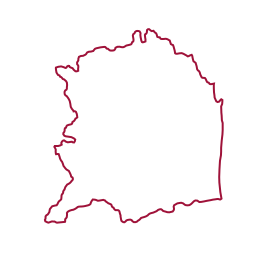 outline of Akko, HaZafon, Israel, rotated 170°
{"feature_id": "584046B83749751332199", "entity_name": "Akko", "entity_type": "district", "adm_level": 2, "iso_a3": "ISR", "parent_name": "Israel", "parent_adm1": "HaZafon", "projection": "mercator", "projection_center": [35.293, 32.939], "detail": "fine", "context": "isolated", "style": "outline", "palette": "rose", "viewbox_px": 256, "rotation_deg": 170, "n_neighbors": 0, "source": "geoboundaries", "source_scale": "gbopen_adm2", "svg_char_len": 5467}
<svg xmlns="http://www.w3.org/2000/svg" viewBox="0 0 256 256"><g transform="rotate(170 128 128)"><path d="M206.4,46.5L206.0,47.2L205.9,48.4L205.5,49.3L204.6,49.9L203.8,50.8L203.1,53.1L202.9,54.9L202.0,55.9L200.5,56.5L199.9,56.7L197.7,57.0L196.1,57.0L194.5,57.4L192.5,58.2L191.4,58.9L189.9,59.1L187.8,58.8L185.7,58.6L183.8,58.6L180.7,58.8L179.2,59.1L178.1,59.8L177.4,61.2L176.3,62.6L175.1,63.7L173.2,63.2L172.2,62.8L170.3,61.6L168.7,61.5L167.3,61.5L164.8,61.5L163.1,60.5L162.8,59.7L161.8,58.7L161.1,58.0L160.4,57.2L159.6,56.8L158.0,55.7L157.6,54.9L157.5,53.7L157.0,52.7L156.1,52.1L155.9,51.4L155.5,50.3L154.6,49.3L152.9,49.0L151.7,48.6L151.0,47.6L150.9,46.9L150.8,45.0L150.5,43.3L150.7,42.2L150.7,40.4L150.7,39.0L150.6,37.8L150.0,37.0L149.0,36.1L147.8,35.8L146.5,36.5L145.7,37.2L144.5,37.5L142.6,37.5L141.4,37.3L140.3,36.5L139.9,35.5L138.6,34.3L136.9,34.0L135.5,34.2L134.3,35.0L133.2,35.4L132.1,36.0L130.8,37.1L129.7,37.3L127.7,37.5L125.8,37.8L123.8,38.5L122.6,39.4L121.1,40.0L119.4,40.2L117.8,40.3L114.8,41.0L113.8,41.4L112.6,42.1L111.6,42.3L110.6,42.4L109.6,42.3L108.6,41.4L108.0,40.4L107.2,39.9L105.9,39.3L104.9,38.8L104.0,38.3L102.0,37.8L99.7,37.9L98.5,38.0L97.4,39.0L96.9,39.8L96.7,40.8L96.7,42.6L96.0,43.9L92.5,45.2L89.8,45.2L88.5,45.1L86.8,44.2L86.1,43.4L85.3,42.5L84.5,42.0L82.8,41.5L81.0,41.4L79.4,42.0L78.2,42.7L77.1,43.5L76.1,44.2L75.2,44.7L74.1,44.9L72.3,44.4L71.8,43.9L70.6,42.7L68.6,42.5L65.9,42.5L63.4,42.6L59.2,42.6L56.8,42.7L54.4,42.6L53.3,42.6L51.7,42.5L50.8,42.1L50.4,41.8L49.4,41.6L48.2,42.2L48.2,48.8L47.5,58.4L46.7,63.9L45.1,71.4L43.1,79.8L41.2,85.0L40.4,88.5L39.7,92.4L37.9,99.3L36.1,105.3L35.1,109.6L33.9,116.5L34.2,119.3L33.6,124.1L33.4,126.8L32.8,131.0L32.5,133.1L31.1,135.3L30.4,138.0L30.2,139.2L31.2,140.1L31.9,139.7L33.6,138.2L35.2,138.0L36.4,138.9L37.4,142.9L37.2,145.3L37.1,148.2L36.6,152.1L36.0,155.6L35.6,156.8L38.2,156.7L39.4,156.9L40.0,157.3L40.6,158.6L42.0,159.4L42.5,160.7L42.9,162.5L43.5,163.8L44.2,164.1L45.6,164.4L46.6,165.0L47.0,166.3L47.5,168.1L47.7,170.2L48.1,171.5L49.2,172.7L49.7,173.9L49.7,175.2L49.7,176.9L50.1,180.4L50.9,181.3L51.9,182.3L52.1,184.0L52.2,186.1L52.2,187.9L52.6,189.0L54.0,188.8L55.3,188.4L56.0,188.2L56.8,188.2L57.8,189.3L58.8,190.0L59.3,190.5L60.6,191.5L62.1,192.4L64.3,192.6L66.5,192.6L67.8,192.8L68.6,193.4L68.6,196.2L69.0,200.5L69.3,201.9L70.4,202.5L71.2,203.2L71.5,205.3L71.7,206.9L72.6,207.6L73.6,208.5L74.4,208.9L75.0,209.2L75.9,209.4L76.7,209.4L78.3,209.6L79.7,209.9L80.4,210.3L80.7,210.9L81.0,211.8L82.3,212.1L83.3,212.7L83.4,213.7L83.5,214.9L83.8,216.3L84.8,217.3L85.5,218.3L86.0,219.3L87.8,219.3L88.7,220.0L90.0,221.6L91.1,221.8L92.2,221.2L92.5,220.2L92.9,218.7L93.7,217.7L94.7,217.4L95.2,216.7L95.3,215.5L95.4,214.0L95.4,212.2L95.8,210.2L97.3,209.9L98.6,209.8L99.3,210.2L99.7,211.7L99.8,215.1L99.7,217.4L99.2,219.2L99.4,220.0L99.8,221.1L100.6,221.6L102.1,222.0L103.0,222.0L104.3,221.4L105.2,220.1L106.6,219.4L107.2,218.1L107.2,214.6L107.3,213.6L107.8,212.3L109.0,211.8L109.4,211.1L110.0,210.2L110.7,209.8L112.8,209.6L115.3,209.5L117.5,208.6L118.9,208.4L120.5,208.8L122.1,209.5L124.4,209.8L126.4,209.2L126.8,208.2L127.5,207.4L128.5,206.9L130.3,207.0L132.1,207.4L133.0,208.2L134.0,209.5L135.2,209.9L135.6,210.6L136.2,211.6L137.2,212.0L141.0,212.2L145.4,212.0L146.8,211.7L148.1,210.6L148.8,209.9L151.1,209.7L153.3,209.9L155.1,209.5L156.4,208.1L157.2,207.6L159.7,206.9L161.9,207.1L163.9,206.6L164.8,205.0L165.2,203.2L166.0,202.2L166.7,201.5L167.0,199.7L166.2,198.1L166.3,196.8L166.9,194.8L167.1,193.0L168.6,192.7L169.9,193.0L171.3,194.7L172.2,196.5L174.0,197.6L174.9,198.3L175.1,199.3L176.0,199.6L177.1,199.3L178.3,198.1L179.2,198.0L180.8,199.1L182.0,199.7L183.2,200.3L184.3,200.3L186.0,200.4L188.5,200.0L188.7,199.2L188.8,197.3L188.8,195.0L188.3,193.8L187.7,192.4L186.3,191.6L185.9,190.2L184.9,189.7L184.2,188.6L183.7,187.6L182.4,186.9L181.5,185.7L180.8,184.8L180.3,183.3L180.5,180.9L181.1,178.8L181.4,177.3L181.9,176.5L183.4,175.8L184.1,174.8L184.4,173.6L184.4,172.0L183.8,170.9L182.8,170.0L181.8,168.0L181.2,166.5L180.7,164.6L180.6,161.7L180.7,158.8L180.0,156.7L179.2,155.3L178.8,154.6L178.7,153.8L177.9,153.8L177.4,153.7L176.5,153.0L176.0,150.8L176.0,148.9L176.1,147.3L177.3,146.6L178.1,146.4L178.9,145.3L179.8,144.4L181.7,143.5L182.3,142.0L183.5,141.5L185.9,141.4L187.5,141.1L188.4,140.3L189.0,139.1L190.2,138.7L190.7,137.4L190.9,136.3L191.5,135.2L192.5,134.3L192.8,133.1L192.0,131.4L190.7,130.6L188.5,129.9L185.3,128.8L183.0,127.1L182.0,125.8L182.7,124.1L183.7,123.1L185.1,123.6L185.6,124.2L186.8,124.3L188.5,124.3L189.9,124.4L191.8,125.5L192.4,126.3L193.1,126.9L194.0,126.9L195.4,126.1L196.3,124.8L196.2,123.1L197.9,122.6L199.9,122.4L202.7,122.9L203.2,123.0L203.8,122.2L203.3,121.0L202.9,119.3L203.3,117.6L203.5,115.6L203.4,114.7L201.6,114.6L200.8,114.3L200.4,111.8L200.2,109.6L199.6,107.6L198.8,106.2L198.3,103.8L198.1,101.9L196.7,99.2L195.8,97.8L193.7,96.0L193.0,93.7L192.5,91.6L192.4,90.0L191.2,88.8L191.1,87.3L191.9,86.1L192.8,85.6L193.7,84.7L194.7,84.0L196.2,83.3L197.7,82.9L198.6,82.0L199.8,80.9L200.8,79.3L201.2,78.4L202.0,77.8L202.8,76.8L203.1,75.6L203.7,74.7L204.6,74.1L205.2,73.0L205.6,71.2L206.1,69.5L206.9,68.8L208.7,67.8L209.6,66.9L210.6,65.4L211.7,64.3L213.5,64.3L216.2,64.1L217.3,63.2L219.0,61.7L219.5,60.5L220.0,59.0L221.4,57.4L222.2,56.7L223.4,56.3L224.5,55.3L225.0,53.0L225.8,51.9L225.6,50.4L224.8,49.9L223.8,49.1L222.7,48.6L220.5,49.0L219.1,49.2L217.5,48.8L216.5,48.6L215.3,47.6L214.4,47.1L210.3,46.8L206.4,46.5Z" fill="none" stroke="#9f1239" stroke-width="2"/></g></svg>